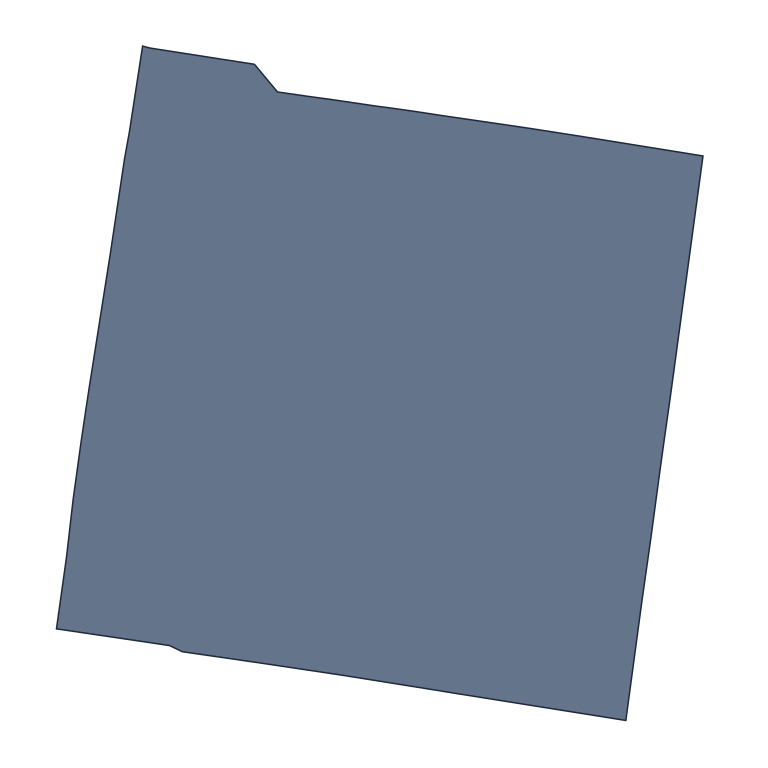 Marion, Indiana, United States of America, rotated 279°
{"feature_id": "52423323B96671648838134", "entity_name": "Marion", "entity_type": "district", "adm_level": 2, "iso_a3": "USA", "parent_name": "United States of America", "parent_adm1": "Indiana", "projection": "albers", "projection_center": [-86.121, 39.78], "detail": "fine", "context": "isolated", "style": "filled", "palette": "slate", "viewbox_px": 768, "rotation_deg": 279, "n_neighbors": 0, "source": "geoboundaries", "source_scale": "gbopen_adm2", "svg_char_len": 596}
<svg xmlns="http://www.w3.org/2000/svg" viewBox="0 0 768 768"><g transform="rotate(279 384 384)"><path d="M89.5,675.5L205.9,672.8L228.4,672.4L273.4,671.7L337.0,670.2L373.5,669.5L416.9,668.8L659.1,663.4L659.4,547.2L659.3,489.4L658.2,399.4L658.1,378.2L657.7,349.1L657.2,330.6L656.8,291.1L656.2,262.0L655.8,233.1L679.5,206.0L679.4,171.7L679.2,100.5L680.0,92.7L592.9,93.1L566.4,92.5L469.9,93.3L335.3,93.4L306.5,93.6L278.0,93.9L222.1,95.0L163.4,97.5L90.9,98.8L92.1,213.1L88.0,226.7L89.0,299.4L89.8,386.0L89.7,483.3L89.6,502.9L89.5,675.5Z" fill="#64748b" stroke="#1e293b" stroke-width="1.5"/></g></svg>